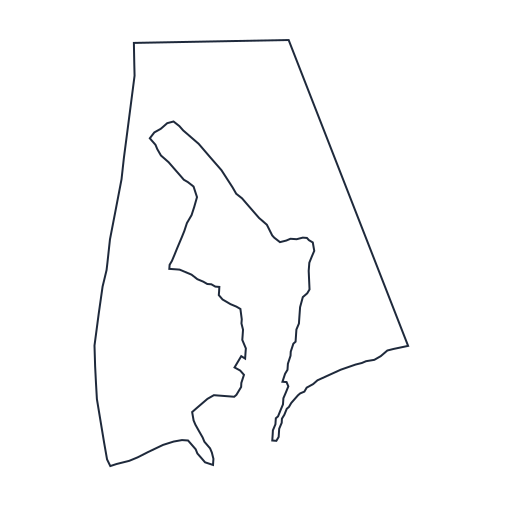 outline of Police Department Port of Damietta, Dumyat, Egypt, rotated 183°
{"feature_id": "37247803B59643082406240", "entity_name": "Police Department Port of Damietta", "entity_type": "district", "adm_level": 2, "iso_a3": "EGY", "parent_name": "Egypt", "parent_adm1": "Dumyat", "projection": "mercator", "projection_center": [31.766, 31.466], "detail": "fine", "context": "isolated", "style": "outline", "palette": "slate", "viewbox_px": 512, "rotation_deg": 183, "n_neighbors": 0, "source": "geoboundaries", "source_scale": "gbopen_adm2", "svg_char_len": 2525}
<svg xmlns="http://www.w3.org/2000/svg" viewBox="0 0 512 512"><g transform="rotate(183 256 256)"><path d="M390.5,38.6L384.3,41.0L371.9,44.8L363.7,48.7L353.3,54.7L338.9,62.5L328.5,66.4L320.3,68.3L314.2,68.2L308.1,61.9L306.1,59.8L304.2,55.7L300.1,51.5L296.1,47.3L288.0,45.1L287.9,51.2L289.8,57.4L291.8,61.5L295.8,65.7L297.8,67.8L299.8,72.0L303.8,78.2L307.7,84.4L309.7,88.5L311.6,96.8L307.5,100.8L305.4,102.8L303.3,104.8L299.1,108.8L297.0,110.8L290.8,114.8L286.7,114.7L278.5,114.5L274.4,114.4L270.4,114.3L268.3,116.3L264.0,124.4L264.0,128.5L261.8,136.7L265.8,140.8L271.6,143.6L265.5,155.2L261.5,153.0L261.4,159.2L261.3,163.2L265.3,171.5L265.2,175.6L265.1,181.7L267.0,187.9L266.9,192.0L268.8,202.3L272.9,204.4L279.0,206.6L283.0,208.7L287.1,210.8L291.1,215.0L291.0,219.1L291.0,223.2L295.0,223.3L299.1,225.4L303.2,225.5L307.3,227.6L313.4,229.8L319.4,234.0L325.5,236.2L331.6,238.4L335.7,238.5L341.9,238.6L341.8,242.7L339.7,246.7L337.5,252.8L335.4,258.9L333.2,265.0L331.0,271.1L328.9,277.2L326.7,285.3L322.5,293.4L320.3,301.6L318.0,311.7L322.0,322.1L328.0,326.3L332.1,328.4L336.1,332.6L340.1,336.7L348.2,345.1L356.2,351.4L360.2,357.6L362.2,361.8L366.2,365.9L368.2,368.0L364.0,374.1L357.8,378.0L355.7,380.0L351.6,384.0L345.4,386.0L339.3,381.7L335.3,377.6L327.2,371.3L319.1,365.0L313.1,358.7L307.1,352.4L301.1,346.2L295.0,339.9L289.0,331.6L283.0,323.3L279.0,317.1L273.0,312.9L269.0,308.7L260.9,300.3L254.9,294.1L246.8,287.8L240.9,277.4L238.8,275.3L232.8,271.1L226.6,273.0L222.5,275.0L216.3,274.9L210.2,276.8L206.1,276.7L204.0,274.6L200.0,272.5L198.1,264.2L200.3,258.2L202.4,252.1L202.6,243.9L200.8,225.4L202.9,221.4L205.0,219.4L207.1,217.4L209.3,207.2L209.5,197.0L209.6,190.8L211.8,184.7L211.9,178.6L212.0,172.5L214.1,170.4L216.3,162.3L216.3,158.2L218.5,150.1L218.6,144.0L220.8,139.9L223.0,131.8L218.9,131.7L216.9,127.5L219.0,121.4L221.2,115.4L221.3,109.2L223.5,103.1L225.6,97.0L227.7,95.0L227.8,88.9L230.0,82.8L230.0,78.7L230.1,72.6L226.0,72.5L223.9,76.5L223.8,84.7L221.6,90.8L221.6,94.9L219.4,98.9L217.3,105.0L215.2,107.0L213.1,111.1L206.8,119.1L204.7,121.1L200.6,123.1L198.5,127.2L192.2,131.1L188.1,135.1L165.4,146.9L150.9,152.8L144.7,154.7L140.6,156.7L132.4,158.5L126.2,162.5L119.9,168.5L113.7,170.4L99.4,174.2L234.7,473.4L389.1,462.4L387.6,441.4L386.7,429.7L391.4,368.4L393.0,347.9L393.2,344.7L394.3,325.6L398.8,292.9L402.7,265.0L404.0,241.8L404.5,234.1L406.5,223.3L407.6,217.5L410.0,190.7L412.6,158.1L410.9,137.6L409.2,121.2L407.4,104.8L397.9,61.6L394.1,45.1L390.5,38.6Z" fill="none" stroke="#1e293b" stroke-width="2"/></g></svg>